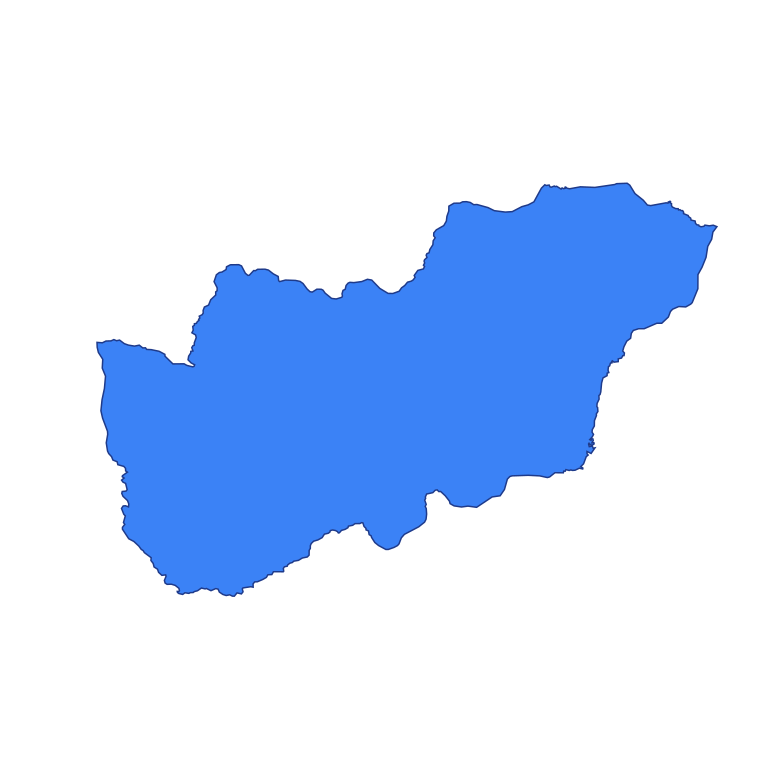 Lom Kao, Phetchabun, Thailand, rotated 193°
{"feature_id": "78962969B1272323537796", "entity_name": "Lom Kao", "entity_type": "district", "adm_level": 2, "iso_a3": "THA", "parent_name": "Thailand", "parent_adm1": "Phetchabun", "projection": "mercator", "projection_center": [101.252, 16.992], "detail": "fine", "context": "isolated", "style": "filled", "palette": "blue", "viewbox_px": 768, "rotation_deg": 193, "n_neighbors": 0, "source": "geoboundaries", "source_scale": "gbopen_adm2", "svg_char_len": 6152}
<svg xmlns="http://www.w3.org/2000/svg" viewBox="0 0 768 768"><g transform="rotate(193 384 384)"><path d="M127.0,505.7L122.0,513.2L121.2,519.0L119.6,521.8L114.2,525.8L107.3,527.0L103.1,530.8L102.0,532.6L99.6,547.4L102.7,561.2L100.4,569.2L98.7,579.8L99.5,590.9L97.3,598.7L97.7,606.0L95.0,612.2L98.9,612.8L102.6,611.3L107.1,611.0L107.8,609.6L110.5,608.5L112.6,608.9L113.1,609.7L114.9,609.5L116.6,610.6L117.5,612.8L121.7,612.8L122.5,614.6L124.9,615.6L125.5,616.6L130.5,617.4L130.7,618.8L132.0,620.1L133.5,619.8L134.8,620.4L136.2,619.9L136.8,621.0L139.2,620.5L142.9,621.3L144.1,622.7L144.4,624.4L146.3,625.1L145.8,626.0L146.4,626.4L148.0,625.2L147.8,624.4L148.4,624.1L149.9,624.0L164.3,617.8L167.6,617.6L172.7,621.4L182.3,626.0L189.2,633.0L192.2,634.3L202.5,631.5L204.0,630.3L222.7,623.0L237.0,620.3L247.0,616.0L249.6,615.9L251.3,616.8L251.9,616.4L251.4,615.5L253.0,614.7L254.6,615.1L255.3,613.8L260.3,615.5L261.7,614.8L262.6,615.2L265.3,613.4L266.7,613.5L267.8,615.0L270.7,613.9L272.1,614.3L274.7,610.2L278.9,595.2L283.8,591.0L289.6,587.8L297.8,580.8L304.5,578.8L315.5,577.7L322.4,579.3L333.8,579.8L336.9,578.9L340.8,580.3L344.8,580.2L348.4,579.2L350.7,577.3L356.5,575.9L360.8,571.9L359.8,567.1L360.4,561.6L359.9,556.7L361.4,551.8L367.7,546.0L369.5,542.4L368.9,539.5L367.0,538.0L368.3,534.6L367.7,530.7L369.6,525.4L369.6,522.0L371.5,520.7L371.9,519.0L370.6,516.9L372.4,514.3L372.6,512.8L371.6,511.0L372.3,508.6L370.9,507.6L371.5,505.0L376.6,502.3L379.0,496.5L377.7,494.9L379.0,492.0L380.5,490.4L384.0,488.5L385.9,484.7L388.5,481.7L390.1,477.8L395.7,474.2L400.4,473.2L409.6,476.2L419.3,482.5L423.7,482.3L428.7,478.8L436.2,476.0L440.1,475.4L441.7,474.2L443.1,471.5L443.1,467.6L445.0,466.0L445.2,462.4L444.3,460.4L444.6,459.0L449.7,456.1L454.3,455.6L461.8,459.3L464.5,461.7L466.4,462.2L470.7,461.3L474.6,457.4L476.9,457.3L480.2,459.2L485.5,463.7L488.9,465.1L493.6,465.0L503.4,463.1L508.7,460.3L509.9,461.0L511.3,465.0L516.6,466.4L522.2,469.0L525.8,469.1L533.0,467.3L534.7,465.5L536.5,465.2L539.7,459.7L541.0,459.2L544.0,460.7L549.4,467.0L552.3,467.6L560.5,465.6L563.8,462.8L563.6,460.0L567.1,456.6L569.5,455.6L571.9,452.7L572.6,445.5L568.2,440.2L567.6,437.3L568.7,435.9L568.0,432.8L571.8,427.1L572.7,421.4L576.3,418.6L576.8,415.0L576.1,412.4L576.8,410.6L579.3,408.5L578.3,406.8L579.2,405.3L578.6,404.3L579.9,402.9L580.4,400.9L582.3,400.1L582.0,398.5L583.3,397.1L582.0,393.5L582.7,390.7L578.6,389.4L577.4,387.0L578.1,381.5L577.6,379.1L578.8,378.3L579.5,376.2L577.6,373.2L579.6,372.3L579.3,370.8L580.6,367.2L580.4,363.5L576.8,361.2L572.8,360.1L573.1,358.4L574.2,357.7L576.4,357.7L580.3,357.8L583.3,358.7L594.2,356.1L603.6,361.8L604.2,363.6L610.5,365.3L618.6,365.1L623.1,364.3L624.5,365.6L627.2,364.9L631.2,366.8L635.6,364.8L641.7,364.4L646.1,364.9L651.5,367.3L654.3,366.0L657.2,366.5L659.7,364.6L664.6,363.3L667.7,360.8L673.0,360.0L671.7,355.2L669.4,350.5L663.6,344.8L662.1,336.1L657.1,329.0L655.4,316.7L655.2,305.4L653.8,294.2L650.5,287.4L642.8,275.8L641.9,272.8L641.4,264.2L638.3,256.5L636.6,254.3L633.1,251.9L631.0,248.9L626.5,248.2L625.2,245.5L619.0,245.2L616.9,243.7L616.2,241.2L614.2,240.4L618.2,235.8L618.2,234.8L616.1,233.9L618.1,231.3L616.3,229.7L613.4,229.0L610.5,223.3L611.3,221.6L614.9,220.4L614.9,218.4L613.1,215.9L607.7,212.7L605.7,209.7L605.3,206.8L608.5,207.2L610.7,206.5L611.8,203.7L608.2,198.5L606.4,197.3L606.7,190.4L605.0,188.9L606.6,185.5L606.2,183.7L597.9,175.8L592.3,174.3L586.4,170.9L583.3,168.2L581.2,167.5L579.6,165.8L571.8,162.4L571.4,159.6L568.5,157.2L566.9,154.0L563.0,152.6L561.3,149.8L557.4,147.6L553.8,148.9L553.1,147.5L553.8,143.2L552.5,140.8L550.3,140.0L546.2,141.1L542.1,140.8L537.9,138.8L536.8,136.6L537.2,135.8L538.8,135.4L538.3,134.4L536.7,133.7L532.8,133.7L531.0,135.8L527.0,136.1L525.9,137.1L523.0,137.9L522.1,139.1L519.2,140.6L516.0,144.1L512.2,144.1L511.0,144.8L506.1,143.7L501.9,146.8L499.5,146.8L497.6,144.2L493.7,142.7L490.2,142.4L486.9,143.9L484.1,143.2L482.1,143.6L480.2,147.4L475.7,147.4L474.6,149.8L476.0,152.5L475.5,153.6L468.2,156.5L465.8,156.6L466.6,159.8L465.5,162.1L462.9,162.8L458.1,166.3L455.1,169.1L454.2,172.0L450.4,173.1L449.5,176.2L439.9,178.4L439.6,179.0L440.6,181.7L439.9,183.5L437.3,184.7L437.1,186.2L435.3,188.3L433.2,189.4L432.0,191.1L427.7,192.9L424.4,196.1L419.8,198.2L418.5,200.4L419.5,205.1L418.8,207.2L419.4,209.9L419.0,212.2L417.2,215.0L413.3,217.2L409.7,220.4L408.3,224.3L404.8,226.0L403.5,227.4L403.3,229.1L401.2,230.2L398.3,230.3L396.1,229.7L395.0,228.6L394.0,229.0L392.5,231.8L389.2,233.6L386.8,235.9L386.7,237.5L382.7,239.3L380.9,241.4L376.1,242.6L374.6,243.9L373.3,243.9L371.4,240.7L369.1,239.3L368.7,237.8L366.1,237.4L364.6,233.9L362.4,233.2L361.6,231.7L357.3,227.5L353.0,225.4L345.0,223.2L342.5,223.8L337.5,227.0L334.5,229.6L333.4,231.6L332.5,238.0L330.3,242.1L318.0,252.7L313.4,258.5L312.6,261.7L313.2,266.8L314.8,272.1L316.3,274.0L315.8,276.2L318.2,280.0L317.7,281.9L318.3,283.2L317.7,286.4L312.0,289.1L310.2,292.0L308.4,292.8L306.4,291.5L304.6,292.0L299.2,288.9L293.9,284.6L292.7,282.3L288.3,281.0L280.8,281.6L274.7,283.9L266.0,284.7L253.2,298.3L245.7,301.2L242.9,308.3L242.4,319.1L240.6,322.1L238.6,323.3L222.9,327.5L211.7,329.5L203.8,329.6L201.7,330.7L197.5,336.0L189.3,337.8L189.3,339.5L187.8,339.8L187.5,341.5L184.1,341.4L182.6,342.3L180.9,342.2L178.4,343.0L174.7,345.9L171.3,345.9L171.3,346.8L173.7,347.8L171.6,351.1L170.6,358.7L169.1,360.7L170.5,361.7L171.0,363.9L166.6,362.9L164.1,369.2L165.7,368.5L167.1,370.4L169.9,369.1L171.2,371.6L170.9,372.4L169.6,371.2L167.1,371.4L165.8,372.9L166.3,374.0L168.2,373.4L167.4,376.0L168.1,377.5L169.5,377.3L169.6,375.8L171.0,376.1L169.2,379.3L168.5,382.0L170.4,383.8L170.8,386.3L169.6,390.4L170.7,395.6L169.9,401.1L170.4,402.6L169.4,405.3L170.6,409.2L171.5,409.8L172.0,413.1L171.0,417.6L172.0,421.1L171.1,422.4L171.0,425.1L172.2,433.9L172.0,439.2L168.5,442.3L169.0,444.8L167.5,445.7L168.8,447.8L169.2,451.4L168.2,452.5L168.1,455.1L166.6,456.0L167.3,456.3L166.8,457.9L164.6,457.1L160.8,458.5L161.4,461.2L158.4,462.7L157.7,465.3L156.5,465.7L156.7,468.3L158.8,469.8L158.6,474.2L157.1,480.4L154.0,484.0L154.4,489.0L153.1,492.3L148.4,495.1L142.9,496.4L131.8,504.6L127.0,505.7Z" fill="#3b82f6" stroke="#1e3a8a" stroke-width="1.5"/></g></svg>